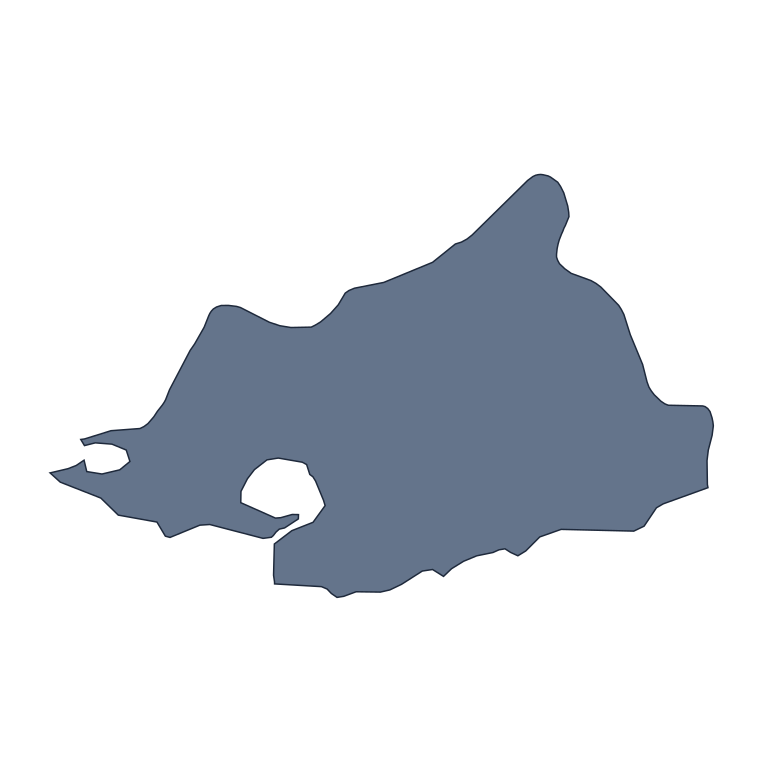 the border of Bizerte, rotated 182°
{"feature_id": "TUN-105", "entity_name": "Bizerte", "entity_type": "Governorate", "adm_level": 1, "iso_a3": "TUN", "parent_name": "Tunisia", "parent_adm1": "", "projection": "albers", "projection_center": [9.659, 37.035], "detail": "fine", "context": "isolated", "style": "filled", "palette": "slate", "viewbox_px": 768, "rotation_deg": 182, "n_neighbors": 0, "source": "natural_earth", "source_scale": "10m", "svg_char_len": 2233}
<svg xmlns="http://www.w3.org/2000/svg" viewBox="0 0 768 768"><g transform="rotate(182 384 384)"><path d="M56.6,291.7L100.7,274.0L107.4,269.8L119.1,251.0L129.2,245.7L201.9,244.9L223.0,236.6L236.5,222.1L244.2,217.0L251.6,220.1L257.3,223.5L263.3,222.3L269.2,219.4L285.4,215.5L298.3,209.6L310.0,201.8L317.8,193.8L329.0,200.3L339.2,198.4L359.5,184.4L371.0,178.4L380.4,175.9L404.6,175.4L416.8,170.4L423.5,169.1L429.3,172.8L433.7,177.1L439.4,179.3L486.4,180.4L486.5,182.4L487.7,189.0L488.0,220.3L471.0,234.2L450.1,243.3L438.6,260.4L440.4,265.7L449.0,284.6L451.8,288.8L455.0,291.0L458.5,300.8L463.0,303.0L487.1,306.3L498.3,304.1L510.5,293.9L517.2,284.5L523.2,271.7L523.0,260.4L487.8,246.2L482.5,246.8L471.2,250.4L464.9,250.5L464.9,246.2L478.3,236.7L483.6,235.3L486.9,232.1L489.3,228.7L491.2,226.9L499.5,225.5L553.2,237.5L563.1,236.5L592.5,223.2L597.2,224.3L606.1,238.1L645.0,243.7L663.0,260.1L704.1,274.6L714.6,283.5L697.0,288.3L688.8,291.8L681.1,297.4L678.0,286.1L662.7,284.2L645.1,289.0L635.2,297.7L639.3,309.0L653.8,314.4L670.5,315.1L681.2,312.0L685.1,318.0L681.5,318.6L655.2,327.8L626.3,331.0L622.4,333.1L618.5,336.2L612.9,343.2L609.5,348.8L604.8,355.2L603.0,358.1L601.7,360.7L598.1,370.9L578.9,410.8L574.6,417.5L565.7,434.5L561.5,446.2L560.5,448.5L559.1,450.8L557.2,453.0L554.1,455.1L549.4,456.8L542.1,457.1L534.0,456.4L530.1,455.4L500.7,441.7L490.1,438.6L479.0,437.2L458.7,438.3L454.8,440.4L449.6,443.8L439.9,452.6L432.5,461.5L425.9,473.5L422.3,476.2L416.9,478.7L387.8,485.5L339.7,507.3L317.6,526.4L311.6,528.5L306.2,531.7L301.1,536.0L247.6,592.4L242.5,596.5L239.8,597.9L237.2,598.6L234.7,598.9L232.4,598.7L227.3,597.7L224.8,596.6L217.4,591.7L214.4,587.5L211.0,581.3L206.6,568.3L205.4,562.0L205.0,557.7L208.3,548.7L209.6,546.0L210.6,543.0L211.8,540.1L213.9,534.1L214.9,530.0L215.7,525.3L216.1,519.7L216.0,516.9L214.8,513.7L212.8,510.3L207.4,505.5L200.8,501.1L180.8,494.6L175.6,491.9L170.6,488.4L152.2,470.8L149.5,466.9L146.7,461.9L139.6,441.9L126.2,412.5L121.2,395.3L119.1,390.1L116.7,386.5L113.6,382.7L106.7,376.5L102.7,374.0L99.2,372.7L64.7,373.2L62.3,372.6L59.6,370.8L57.2,367.8L55.0,361.7L54.0,357.6L53.4,353.7L54.3,344.1L57.6,329.2L58.5,318.7L57.3,294.8L56.6,291.7Z" fill="#64748b" stroke="#1e293b" stroke-width="1.5"/></g></svg>